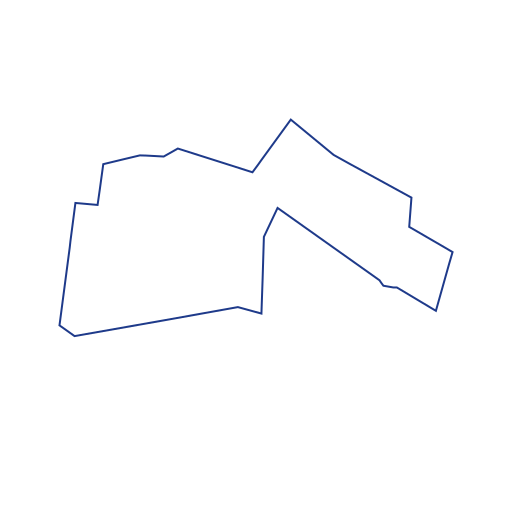 outline of São Pedro do Piauí, Piauí, Brazil, rotated 291°
{"feature_id": "56859067B6189089480157", "entity_name": "São Pedro do Piauí", "entity_type": "district", "adm_level": 2, "iso_a3": "BRA", "parent_name": "Brazil", "parent_adm1": "Piauí", "projection": "robinson", "projection_center": [-42.771, -5.847], "detail": "fine", "context": "isolated", "style": "outline", "palette": "blue", "viewbox_px": 512, "rotation_deg": 291, "n_neighbors": 0, "source": "geoboundaries", "source_scale": "gbopen_adm2", "svg_char_len": 637}
<svg xmlns="http://www.w3.org/2000/svg" viewBox="0 0 512 512"><g transform="rotate(291 256 256)"><path d="M308.3,111.5L299.2,98.2L287.0,80.5L261.4,86.5L246.9,89.8L240.8,68.4L203.5,77.4L197.4,79.0L159.5,88.1L120.8,97.4L116.2,115.3L163.6,194.2L201.8,257.4L204.2,281.7L237.8,270.1L276.7,256.5L308.6,258.9L277.6,380.0L275.8,382.6L273.9,385.6L275.8,395.3L277.1,398.7L269.3,443.6L318.0,439.1L330.1,438.1L331.6,429.1L338.1,388.6L366.2,380.2L373.9,323.2L375.5,311.2L378.2,292.2L395.8,239.6L347.0,226.5L342.3,225.3L332.9,222.7L331.2,193.4L328.3,144.5L315.8,134.2L310.4,117.5L308.3,111.5Z" fill="none" stroke="#1e3a8a" stroke-width="2"/></g></svg>